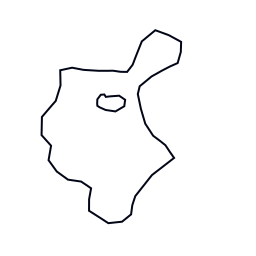 Xocalı, Albers equal-area conic projection, rotated 244°
{"feature_id": "AZE-1739", "entity_name": "Xocalı", "entity_type": "District", "adm_level": 1, "iso_a3": "AZE", "parent_name": "Azerbaijan", "parent_adm1": "", "projection": "albers", "projection_center": [46.729, 39.823], "detail": "fine", "context": "isolated", "style": "outline", "palette": "ink", "viewbox_px": 256, "rotation_deg": 244, "n_neighbors": 0, "source": "natural_earth", "source_scale": "10m", "svg_char_len": 947}
<svg xmlns="http://www.w3.org/2000/svg" viewBox="0 0 256 256"><g transform="rotate(244 128 128)"><path d="M148.3,150.2L139.6,148.0L124.3,145.4L110.0,147.2L103.2,150.7L96.1,154.1L90.1,154.9L88.5,155.1L80.9,156.3L75.2,128.9L63.6,104.7L56.7,98.0L49.0,92.9L46.4,81.6L51.1,68.6L53.6,67.1L61.4,62.4L70.7,56.7L81.0,61.8L90.0,68.4L100.4,62.4L107.9,51.4L120.1,44.9L133.9,42.5L145.8,51.1L159.5,47.2L175.7,55.5L182.0,70.1L184.0,74.9L190.5,81.0L195.8,86.0L209.6,92.4L206.7,104.2L199.9,113.3L198.9,115.0L192.5,126.3L191.8,127.6L185.9,139.9L181.8,145.9L178.8,151.8L182.8,159.9L188.9,166.4L199.8,178.4L203.9,195.4L193.5,205.4L182.1,213.5L173.2,208.8L164.6,201.1L164.9,192.9L164.7,184.3L164.0,171.8L160.4,156.8L154.2,151.7L148.3,150.2ZM154.6,137.8L160.9,134.2L164.2,126.0L165.7,121.7L168.5,121.4L169.8,118.1L167.2,113.0L163.5,111.0L161.4,110.2L159.0,111.6L154.0,115.8L148.4,124.0L149.2,134.2L154.6,137.8Z" fill="none" stroke="#020617" stroke-width="2"/></g></svg>